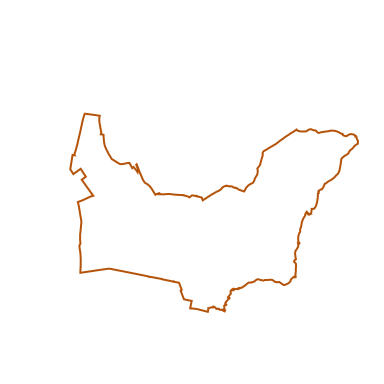 Luizi-Calugara, Bacau, Romania (Mercator projection), rotated 205°
{"feature_id": "2599482B12276369319500", "entity_name": "Luizi-Calugara", "entity_type": "district", "adm_level": 2, "iso_a3": "ROU", "parent_name": "Romania", "parent_adm1": "Bacau", "projection": "mercator", "projection_center": [26.83, 46.517], "detail": "fine", "context": "isolated", "style": "outline", "palette": "amber", "viewbox_px": 384, "rotation_deg": 205, "n_neighbors": 0, "source": "geoboundaries", "source_scale": "gbopen_adm2", "svg_char_len": 5892}
<svg xmlns="http://www.w3.org/2000/svg" viewBox="0 0 384 384"><g transform="rotate(205 192 192)"><path d="M62.1,305.9L62.5,306.6L63.0,308.2L63.9,309.0L64.8,309.5L65.1,309.9L65.7,310.6L66.1,311.3L66.9,311.9L67.4,311.4L67.7,312.0L68.1,312.2L69.7,312.4L70.5,312.2L71.2,312.0L72.5,311.7L73.9,310.4L74.4,309.9L75.2,308.4L75.4,308.1L76.1,307.7L77.9,307.3L78.9,307.3L79.3,307.4L79.6,307.7L79.6,307.9L79.8,308.2L80.1,308.3L80.8,308.1L81.1,307.9L83.2,308.1L85.1,308.2L86.6,308.1L88.5,307.8L91.9,306.4L93.1,305.7L93.2,305.3L99.8,301.1L101.9,299.2L102.7,299.0L103.6,299.1L104.3,299.3L105.5,300.0L106.1,300.0L107.4,299.5L108.0,299.3L110.5,299.2L111.2,299.0L112.4,297.9L113.0,297.2L113.6,295.8L114.2,295.2L116.2,294.1L118.8,292.9L121.2,292.3L122.1,292.2L123.6,292.8L126.0,288.6L126.9,287.7L128.1,285.5L130.9,281.1L132.0,278.8L133.6,276.2L135.0,273.4L136.4,270.8L138.0,268.5L141.3,263.7L142.6,261.6L144.0,259.8L144.6,258.0L144.4,257.0L143.5,255.4L143.3,254.7L143.2,253.7L142.6,249.5L141.8,245.5L141.9,244.3L142.7,240.9L141.5,239.3L141.2,238.6L140.6,236.8L140.3,235.7L140.3,234.6L140.7,231.4L140.7,230.2L140.4,229.3L140.5,227.1L140.6,226.1L142.4,223.9L143.3,222.6L143.9,221.4L144.2,220.2L144.7,218.9L144.8,217.9L144.7,216.2L145.0,215.6L144.9,214.9L145.0,214.5L150.2,213.9L153.2,214.4L153.6,214.1L155.0,214.2L155.3,213.8L156.6,213.7L158.0,214.0L159.1,213.6L159.8,213.0L160.8,213.0L162.3,212.4L163.4,212.4L163.5,212.1L165.3,210.6L166.0,209.5L166.6,208.3L166.7,207.2L166.9,206.4L167.8,205.4L168.3,204.1L169.5,203.1L173.5,197.4L178.7,189.0L180.0,190.2L180.4,190.8L181.1,191.0L184.6,190.4L185.9,190.5L186.0,190.0L187.2,190.0L188.1,189.6L189.3,189.4L190.6,188.9L192.1,186.0L193.0,186.2L195.6,186.0L197.7,185.4L198.0,185.7L205.2,182.8L208.9,181.5L209.9,181.3L212.5,180.2L214.4,179.3L216.0,178.2L220.4,176.3L219.8,177.1L220.5,176.6L220.8,176.7L220.8,177.0L221.2,177.1L223.2,175.2L223.9,174.4L224.1,174.0L230.2,178.1L233.0,179.5L235.2,180.1L238.9,180.6L241.6,182.3L247.7,187.8L253.9,193.7L254.1,193.2L251.3,190.5L250.8,189.8L249.8,187.0L251.2,187.9L255.5,190.0L256.2,188.4L261.0,191.9L263.6,190.4L264.8,189.3L268.3,187.1L269.1,186.9L271.9,187.1L276.0,187.7L278.4,187.9L280.0,188.8L280.9,189.5L283.7,191.3L287.1,194.0L289.7,196.2L291.0,197.6L292.2,199.2L293.3,200.9L295.1,204.0L296.4,206.5L299.1,205.7L299.2,207.3L304.8,215.2L306.0,217.2L307.3,219.8L307.8,222.1L312.3,220.8L322.2,217.7L322.3,217.2L321.6,212.2L321.0,209.1L319.9,204.6L319.6,202.9L318.7,199.3L317.9,195.2L317.2,191.8L316.1,186.8L314.9,180.0L314.7,177.7L314.4,176.6L314.0,175.9L313.8,175.7L315.9,175.1L311.9,161.1L307.1,158.1L302.7,166.0L294.7,161.0L297.1,156.5L279.9,146.8L282.0,145.0L288.0,137.9L291.2,134.7L288.4,131.1L283.9,124.5L280.3,119.3L279.4,117.7L275.1,105.4L273.8,102.8L273.7,102.3L271.3,98.0L271.3,97.5L271.4,95.7L269.2,92.2L267.7,90.1L265.9,86.9L264.4,84.0L260.9,76.3L260.8,75.7L259.7,73.1L259.0,71.6L241.0,83.5L235.1,87.3L233.4,87.9L208.2,94.1L197.0,96.8L195.3,96.9L195.4,97.1L185.7,99.6L182.1,100.5L182.0,100.3L173.8,102.3L172.6,102.5L171.6,102.8L171.2,103.2L170.8,103.3L170.6,102.9L167.0,103.9L165.4,104.2L160.0,99.0L160.6,98.2L160.7,97.9L154.0,91.4L149.2,92.4L146.3,93.2L144.5,85.8L138.6,87.9L127.0,90.1L127.3,91.6L128.2,93.5L127.6,93.9L125.7,95.7L124.1,96.3L124.2,97.2L122.2,97.2L121.2,96.6L120.5,96.4L120.1,96.5L119.7,97.0L119.0,97.0L118.6,97.4L118.1,97.5L117.8,97.2L117.3,97.0L116.6,97.1L116.2,97.3L115.6,97.8L115.1,98.0L114.5,97.7L112.0,97.6L112.0,98.8L113.9,98.6L114.0,98.8L113.4,99.5L113.3,99.9L114.8,102.6L114.7,103.0L114.4,103.4L113.6,103.7L113.3,104.0L113.2,104.2L113.3,104.4L113.5,104.6L114.5,104.8L114.7,105.0L114.9,106.0L114.9,106.5L114.6,107.1L113.9,109.9L113.6,110.7L113.2,111.0L113.1,111.5L113.2,111.8L113.6,111.9L114.7,111.5L114.9,111.6L114.9,112.0L114.4,112.8L114.4,113.0L114.5,113.7L114.2,114.9L113.8,116.3L114.5,117.1L115.1,118.4L114.6,118.9L114.5,119.2L114.6,119.5L114.9,119.7L114.9,119.9L114.3,119.8L113.4,120.2L113.1,120.4L113.3,120.6L113.9,120.8L114.0,121.1L113.9,121.6L113.6,121.9L113.3,122.0L112.9,122.0L112.5,121.8L112.1,121.9L111.9,122.2L111.0,122.8L110.6,122.9L110.1,123.4L109.4,123.4L108.9,123.7L108.7,124.0L109.0,124.7L108.5,125.1L107.8,125.1L107.2,125.6L106.8,126.4L106.0,126.8L104.9,129.1L104.4,129.5L104.1,130.4L102.5,133.7L101.6,134.3L100.4,134.7L97.6,137.3L96.9,139.0L95.9,140.5L94.6,141.0L92.4,141.3L89.8,141.9L88.8,143.0L86.1,144.3L84.0,145.6L82.2,146.2L80.8,146.1L78.6,145.6L77.6,146.1L76.7,146.1L76.2,146.5L74.8,147.3L69.6,146.4L68.5,147.1L66.6,149.3L65.8,150.4L65.0,152.9L65.3,153.5L65.3,154.8L64.7,156.3L64.0,157.9L63.6,158.5L62.8,158.1L62.5,158.5L61.7,158.0L63.4,161.0L63.8,162.1L64.3,163.8L65.6,166.7L66.3,168.7L67.6,171.0L70.2,172.0L70.1,173.7L69.4,175.0L70.2,176.0L71.3,177.8L72.2,179.1L72.8,180.3L73.0,181.0L73.3,182.9L73.0,183.9L72.8,185.4L72.7,187.4L73.5,189.4L74.2,190.2L73.0,190.6L73.3,191.4L74.3,191.2L75.0,192.7L75.4,193.2L76.9,196.6L77.3,199.1L77.4,200.2L77.2,201.4L77.4,202.3L77.9,203.3L78.3,204.4L78.4,205.0L78.3,206.1L78.6,207.4L79.7,211.1L79.9,214.7L79.9,215.6L79.6,217.3L79.6,218.4L79.7,219.3L80.0,220.1L79.7,222.6L79.3,222.5L79.4,221.6L79.3,221.2L79.1,221.1L77.9,221.7L77.6,221.3L77.2,221.1L77.1,220.8L76.5,220.9L76.4,221.3L76.0,221.2L75.8,221.5L75.8,221.9L75.8,222.1L74.9,222.6L75.2,222.9L75.3,224.3L75.6,225.0L76.1,226.3L76.1,226.7L76.4,227.3L75.4,227.7L74.3,228.4L74.2,228.8L74.1,229.7L73.9,230.0L73.8,230.4L73.9,233.1L74.1,233.8L74.4,235.9L75.2,238.3L75.5,239.6L77.1,243.7L76.9,244.2L77.2,244.2L77.1,245.8L77.8,246.2L77.2,247.4L76.2,248.9L75.8,249.2L75.5,249.2L75.0,251.6L75.0,252.6L75.1,255.6L74.3,256.5L72.9,259.2L71.1,261.6L70.4,262.8L69.0,265.7L68.3,268.2L67.9,269.0L67.3,270.7L67.3,271.2L67.4,273.5L68.0,276.3L68.5,278.1L69.0,280.0L69.8,282.4L70.6,285.2L70.4,286.3L69.9,287.1L69.4,288.5L67.0,292.1L66.6,293.0L66.7,294.4L66.4,295.6L66.3,296.6L65.2,298.7L64.8,299.6L64.3,302.0L64.0,302.8L62.8,304.9L62.1,305.9Z" fill="none" stroke="#b45309" stroke-width="2"/></g></svg>